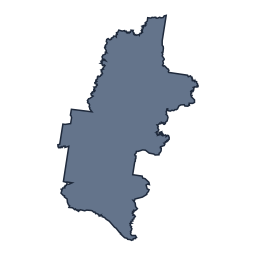 Corangamite, Victoria, Australia
{"feature_id": "25037944B62573329843514", "entity_name": "Corangamite", "entity_type": "district", "adm_level": 2, "iso_a3": "AUS", "parent_name": "Australia", "parent_adm1": "Victoria", "projection": "robinson", "projection_center": [143.247, -38.216], "detail": "fine", "context": "isolated", "style": "filled", "palette": "slate", "viewbox_px": 256, "rotation_deg": 0, "n_neighbors": 0, "source": "geoboundaries", "source_scale": "gbopen_adm2", "svg_char_len": 5780}
<svg xmlns="http://www.w3.org/2000/svg" viewBox="0 0 256 256"><path d="M106.3,50.7L106.3,51.6L105.7,51.9L106.6,52.7L105.3,52.7L105.3,54.1L102.7,55.3L102.5,56.4L102.0,56.8L102.6,58.6L102.2,59.8L103.2,59.9L103.5,59.3L104.2,60.0L104.6,59.5L105.6,60.7L103.5,59.9L102.5,61.0L101.0,61.3L102.0,62.8L100.7,63.3L102.0,63.7L102.4,65.3L102.8,65.6L104.1,64.8L105.0,65.6L102.6,68.6L103.3,69.1L101.0,70.0L101.7,70.7L101.3,71.8L101.9,72.0L102.5,73.7L101.3,74.4L101.5,75.1L100.4,75.6L100.3,76.3L98.8,76.8L98.1,76.1L97.4,76.9L97.5,79.0L96.6,79.4L96.0,80.5L96.9,81.3L95.9,82.1L95.7,81.6L95.6,82.2L94.8,82.6L95.0,83.6L97.1,84.3L96.7,85.0L97.1,85.3L96.1,86.2L96.1,86.9L93.9,87.1L94.7,88.2L94.0,89.0L94.4,89.6L93.8,89.5L93.8,90.2L94.4,90.2L94.0,91.1L94.7,91.1L94.4,91.6L93.2,91.5L92.0,92.3L92.5,93.0L91.0,93.6L91.2,95.0L93.1,96.1L89.8,98.5L88.7,98.7L87.4,100.5L88.0,101.3L87.5,102.2L88.3,103.4L89.0,103.5L89.6,104.9L89.1,106.8L89.8,107.6L89.7,108.8L92.0,111.8L71.4,109.3L70.4,115.2L71.0,115.7L71.6,117.7L70.6,123.6L65.2,124.4L62.9,124.1L59.7,144.4L57.9,144.7L58.0,146.5L58.5,147.6L59.1,147.2L60.0,147.9L61.2,146.7L62.0,147.6L63.3,146.2L65.1,146.2L65.0,147.4L68.8,146.3L63.4,181.5L66.9,182.5L67.0,182.0L72.1,182.8L68.8,184.3L66.8,184.0L66.4,185.3L65.2,185.5L65.3,186.3L64.4,186.7L64.8,187.8L62.7,188.0L62.3,189.1L61.2,189.3L61.9,190.5L61.0,193.1L63.4,195.6L64.5,195.8L64.4,197.0L67.1,199.0L67.4,202.2L68.5,204.9L69.6,205.7L68.9,207.4L72.6,207.8L74.6,209.6L75.5,209.0L75.8,209.7L77.2,210.0L77.5,210.4L77.2,210.5L78.4,211.2L78.5,210.2L79.6,210.6L80.2,209.7L84.7,210.8L86.7,210.1L91.1,210.5L92.4,210.9L93.6,212.1L94.9,212.1L95.6,213.6L96.1,213.3L98.1,214.1L98.5,214.8L98.0,215.3L98.9,214.9L99.7,215.4L100.5,215.1L100.2,215.5L100.7,215.3L100.6,215.8L101.4,215.5L102.3,216.0L102.2,216.7L104.6,217.5L106.1,219.2L109.3,221.2L114.5,227.2L116.1,228.2L119.7,232.7L120.4,232.8L120.5,234.0L121.4,234.2L121.5,234.8L124.6,237.7L127.0,238.3L127.6,239.3L130.2,239.6L132.0,240.6L131.6,240.2L133.0,239.9L133.3,238.6L135.4,238.6L135.4,237.8L136.5,237.5L135.4,235.5L131.8,235.5L130.8,234.4L130.5,233.1L131.0,232.2L130.5,231.4L131.3,230.6L131.9,228.6L131.0,227.5L131.5,226.6L130.2,225.6L130.5,224.9L129.9,223.5L131.8,223.2L130.8,222.5L131.0,221.4L132.9,220.9L132.4,219.5L133.9,218.9L134.1,217.5L135.3,216.6L134.6,215.4L133.1,215.2L133.6,214.5L132.4,213.5L132.8,213.1L132.5,212.4L133.4,212.2L132.9,211.4L134.1,211.2L133.9,210.3L135.4,210.5L137.4,208.7L135.6,206.6L135.2,203.1L133.1,200.3L134.5,200.5L135.0,199.0L142.4,197.1L146.8,194.4L146.7,193.5L148.4,191.5L149.1,189.7L147.2,188.9L146.1,185.0L147.5,184.1L149.4,184.6L148.9,182.3L145.1,178.7L142.6,178.0L142.2,176.1L132.7,174.7L134.7,162.0L135.3,161.2L135.3,159.0L135.8,158.7L136.0,156.0L135.2,155.8L134.7,154.5L136.1,153.0L136.4,151.4L138.1,151.4L142.7,149.9L145.5,150.2L149.1,153.1L153.8,154.0L155.0,155.0L159.0,154.8L159.2,153.2L160.0,152.8L161.1,150.9L161.3,148.2L160.3,147.8L160.5,146.8L164.2,145.5L164.8,144.2L164.1,143.3L164.8,143.3L165.5,142.1L164.8,141.6L166.5,141.9L166.7,140.9L167.2,141.3L168.0,140.7L168.3,140.2L168.0,139.9L169.1,139.3L169.2,137.6L168.5,135.7L167.8,135.3L166.2,136.5L166.3,135.4L165.4,135.4L165.3,135.0L162.8,135.8L162.0,135.4L161.4,134.9L162.9,134.6L163.3,135.1L163.1,134.2L163.4,134.2L162.1,133.7L162.4,133.2L162.0,132.7L161.0,133.1L161.5,131.8L159.2,132.5L159.2,133.3L160.1,133.8L160.0,134.6L157.8,135.3L158.2,134.3L157.0,134.4L157.1,133.4L156.3,132.9L157.0,132.8L156.7,131.8L157.7,131.8L158.8,129.8L157.6,127.9L158.3,126.8L157.0,124.9L158.3,124.8L159.6,123.3L159.9,123.8L160.8,123.7L161.5,123.0L161.2,122.3L161.7,122.2L162.4,123.0L163.0,122.8L162.9,123.4L163.8,124.3L164.5,124.3L165.3,123.5L164.8,122.9L167.1,121.0L168.0,117.4L167.3,115.4L166.1,114.5L166.6,113.6L166.2,111.6L166.9,110.5L166.6,110.1L166.9,108.9L167.7,108.8L167.7,110.1L168.2,110.7L170.3,111.1L171.9,110.3L173.8,110.6L174.9,109.6L176.2,109.7L177.5,108.9L178.8,106.1L180.8,104.9L184.2,104.7L184.8,106.0L187.8,106.2L188.7,105.7L188.8,104.9L189.4,105.1L189.2,103.3L192.7,103.4L194.5,102.4L194.5,99.9L191.3,96.7L192.0,95.4L190.8,95.1L190.8,93.8L191.3,92.8L190.7,91.4L191.4,90.9L191.9,92.1L192.4,90.5L193.1,91.2L193.7,90.0L193.8,88.1L193.4,87.6L194.2,87.6L194.3,86.9L197.1,87.0L198.0,86.7L198.1,85.8L197.2,85.5L197.7,84.2L196.5,82.7L196.6,81.7L195.1,81.2L194.9,80.5L194.4,81.4L193.7,80.5L192.4,80.7L192.2,80.0L192.8,79.9L192.4,78.7L191.9,78.5L192.1,77.3L191.4,77.2L190.5,75.9L188.3,76.7L187.6,75.2L168.6,72.4L168.3,71.7L168.9,70.4L168.2,69.0L167.5,68.9L164.7,66.0L163.9,65.7L163.3,66.2L162.5,65.3L163.4,63.3L162.8,61.2L164.2,59.5L164.1,58.7L162.2,55.9L162.8,54.2L162.3,53.2L162.7,52.7L162.2,52.3L163.0,51.9L163.4,48.2L163.2,46.5L162.2,45.2L162.2,40.8L166.2,15.4L164.2,15.9L163.2,17.5L160.9,17.9L159.8,17.2L157.5,18.2L156.2,18.2L156.0,17.4L155.2,17.2L153.0,17.6L152.1,17.3L150.9,18.1L147.7,17.7L147.3,21.0L145.4,22.7L146.0,23.5L145.5,23.5L145.8,23.9L145.3,24.3L145.8,25.4L145.3,25.9L144.2,25.4L143.8,26.2L143.2,25.7L142.2,26.1L143.2,26.6L142.4,27.1L143.3,27.6L142.5,29.4L141.8,29.3L142.2,30.7L142.9,31.0L141.4,30.8L141.7,31.5L142.3,31.4L142.5,32.4L141.4,32.7L141.3,33.4L140.0,33.4L139.4,35.1L139.1,34.5L136.2,35.3L135.8,34.6L134.9,35.0L134.0,34.5L134.2,33.8L133.6,33.6L133.9,32.9L132.7,31.5L133.2,30.4L131.2,30.2L131.4,30.7L130.2,31.5L130.3,32.3L129.7,32.3L129.0,33.1L128.2,32.1L127.3,32.2L127.8,32.5L127.4,33.0L126.5,32.7L126.2,31.2L124.9,31.4L124.6,30.6L122.2,31.1L118.8,30.1L117.7,32.4L116.7,32.6L117.1,33.9L116.6,33.7L116.8,34.6L116.2,34.8L116.3,36.9L115.5,36.2L113.6,36.1L113.0,37.5L111.5,38.0L111.1,38.6L111.4,39.1L110.6,39.7L109.7,39.8L108.1,38.6L106.7,39.5L106.3,41.7L107.1,42.5L106.7,44.1L105.7,44.9L105.2,45.8L105.5,46.9L104.9,46.9L104.6,47.6L106.3,50.7ZM99.1,215.7L99.7,215.6L99.8,215.5L99.4,215.5L99.1,215.7Z" fill="#64748b" stroke="#1e293b" stroke-width="1.5"/></svg>